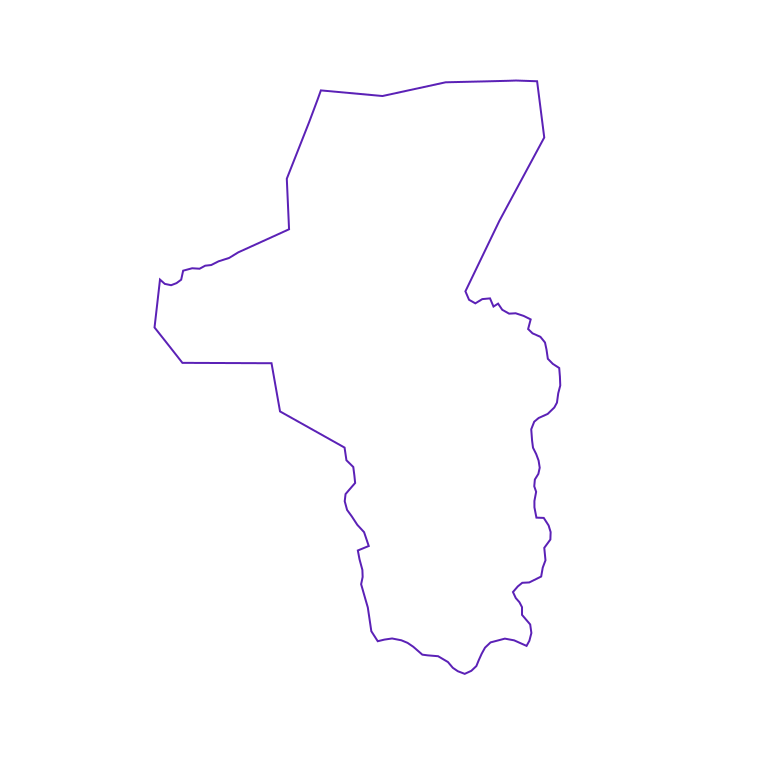 the district of São Miguel da Baixa Grande, Piauí, Brazil, rotated 168°
{"feature_id": "56859067B26070453976933", "entity_name": "São Miguel da Baixa Grande", "entity_type": "district", "adm_level": 2, "iso_a3": "BRA", "parent_name": "Brazil", "parent_adm1": "Piauí", "projection": "orthographic", "projection_center": [-42.28, -5.802], "detail": "fine", "context": "isolated", "style": "outline", "palette": "violet", "viewbox_px": 768, "rotation_deg": 168, "n_neighbors": 0, "source": "geoboundaries", "source_scale": "gbopen_adm2", "svg_char_len": 1777}
<svg xmlns="http://www.w3.org/2000/svg" viewBox="0 0 768 768"><g transform="rotate(168 384 384)"><path d="M257.6,246.9L258.3,252.7L256.3,259.2L251.7,264.0L249.1,269.7L248.7,276.9L249.7,283.8L251.5,290.7L250.9,298.0L249.4,309.1L244.9,315.9L239.8,318.6L230.1,320.7L222.3,325.6L218.7,329.8L215.5,338.7L211.9,345.9L210.4,354.6L209.3,363.2L214.7,368.6L218.5,374.6L217.9,383.8L217.9,391.1L221.2,397.6L228.2,402.7L231.6,407.8L227.1,416.7L233.3,421.6L240.5,425.8L247.0,426.8L252.9,432.0L255.7,438.9L260.8,437.0L262.5,445.7L270.2,446.6L277.9,443.9L283.3,448.7L285.1,457.7L237.3,519.5L176.0,591.8L171.3,648.3L191.8,653.4L199.2,654.7L221.2,658.8L261.0,666.3L325.6,666.0L384.7,684.3L389.9,675.9L402.8,655.7L436.4,605.0L444.7,555.1L499.1,543.1L509.3,539.5L520.3,538.4L528.3,536.3L534.3,536.9L540.4,535.1L547.6,537.1L556.9,536.6L560.7,528.2L566.0,525.8L571.7,524.9L577.6,527.5L581.4,532.7L596.7,487.0L586.9,467.2L576.8,446.6L489.7,427.7L491.4,378.8L435.8,330.0L436.6,317.2L431.3,309.2L432.0,300.7L432.8,293.2L439.7,288.0L444.5,284.3L446.8,277.5L446.3,268.5L443.0,261.1L439.4,251.8L434.3,243.2L432.6,228.7L444.2,226.6L444.4,217.7L443.8,206.6L445.0,199.7L448.0,192.9L446.9,177.0L446.3,168.8L447.8,144.8L443.6,133.7L436.7,133.9L429.0,133.4L420.3,129.7L414.8,125.9L410.0,120.9L402.8,111.3L397.7,109.5L387.7,106.5L379.3,98.8L375.7,92.1L371.5,87.7L365.3,83.7L358.2,85.3L352.3,88.9L348.7,94.2L344.5,99.9L340.0,105.1L333.5,109.1L318.7,109.8L310.0,106.2L299.0,98.2L295.2,102.6L291.6,109.8L291.0,118.4L297.0,129.5L295.4,137.0L296.9,142.4L299.6,147.2L301.1,153.7L295.2,158.2L290.1,160.8L283.2,159.7L270.3,163.0L266.9,171.4L262.7,178.0L261.3,190.4L253.6,197.3L251.8,204.5L252.4,211.4L255.6,219.8L262.7,221.6L262.5,232.1L261.2,238.3L257.6,246.9Z" fill="none" stroke="#5b21b6" stroke-width="2"/></g></svg>